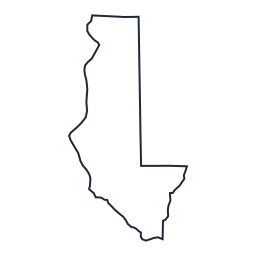 outline of Jataizinho, Paraná, Brazil
{"feature_id": "56859067B55584506213849", "entity_name": "Jataizinho", "entity_type": "district", "adm_level": 2, "iso_a3": "BRA", "parent_name": "Brazil", "parent_adm1": "Paraná", "projection": "equal_earth", "projection_center": [-50.925, -23.248], "detail": "fine", "context": "isolated", "style": "outline", "palette": "slate", "viewbox_px": 256, "rotation_deg": 0, "n_neighbors": 0, "source": "geoboundaries", "source_scale": "gbopen_adm2", "svg_char_len": 1145}
<svg xmlns="http://www.w3.org/2000/svg" viewBox="0 0 256 256"><path d="M186.9,166.3L170.0,165.8L145.1,165.9L141.1,165.9L140.4,130.5L140.1,109.6L139.8,91.8L138.6,16.8L124.6,17.0L92.2,15.4L91.1,21.0L87.3,24.7L87.3,31.1L89.4,34.7L93.0,38.7L95.2,40.8L97.6,42.2L99.3,44.9L91.8,58.6L87.7,62.2L85.0,65.6L84.4,70.3L85.0,75.0L86.0,78.5L86.7,82.6L87.3,89.4L86.8,96.1L86.4,102.2L87.1,111.0L85.7,117.2L83.7,120.0L82.0,122.2L79.0,125.3L77.0,127.3L70.8,132.6L69.1,135.9L70.7,140.4L78.3,153.2L80.4,160.8L82.9,165.7L85.9,169.0L87.7,171.7L89.4,174.6L90.4,178.6L90.0,185.5L89.1,189.1L91.5,191.3L93.9,193.2L95.7,197.3L98.8,197.4L101.6,197.8L104.6,199.8L107.3,200.0L108.3,203.1L111.9,206.6L114.4,209.3L118.1,212.6L120.4,214.5L123.3,216.8L125.9,220.4L127.9,224.1L131.6,227.1L134.0,227.5L136.6,229.1L138.7,231.1L140.9,232.5L140.8,236.7L142.3,239.2L145.9,240.6L150.4,239.2L154.0,237.9L157.9,237.3L162.6,239.2L163.0,220.8L165.3,219.9L168.2,216.1L167.8,210.4L168.4,206.0L170.5,200.2L170.1,196.9L170.0,193.0L172.7,193.1L174.8,190.0L177.0,188.0L179.8,185.5L182.2,181.7L184.4,178.7L183.8,175.5L185.6,170.7L186.9,166.3Z" fill="none" stroke="#1e293b" stroke-width="2"/></svg>